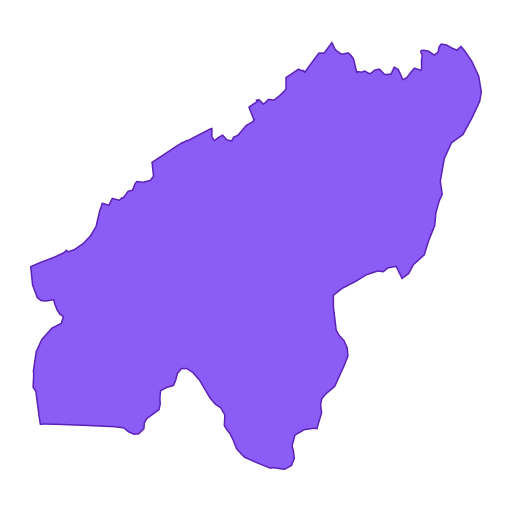 Sanoyeah, Bong, Liberia (Equal Earth projection)
{"feature_id": "62588387B99544432637290", "entity_name": "Sanoyeah", "entity_type": "district", "adm_level": 2, "iso_a3": "LBR", "parent_name": "Liberia", "parent_adm1": "Bong", "projection": "equal_earth", "projection_center": [-9.896, 7.035], "detail": "fine", "context": "isolated", "style": "filled", "palette": "violet", "viewbox_px": 512, "rotation_deg": 0, "n_neighbors": 0, "source": "geoboundaries", "source_scale": "gbopen_adm2", "svg_char_len": 3888}
<svg xmlns="http://www.w3.org/2000/svg" viewBox="0 0 512 512"><path d="M40.4,424.3L44.1,424.0L57.3,424.3L88.7,425.5L94.4,425.8L94.6,425.8L114.4,426.7L123.9,427.9L124.3,428.3L128.3,431.7L133.9,434.2L134.5,434.2L138.6,433.8L142.4,430.2L143.9,428.7L144.2,424.5L144.3,423.2L145.1,421.6L146.8,418.6L153.7,413.5L159.0,409.7L160.2,404.2L159.9,397.8L160.6,390.6L161.9,390.0L167.1,387.3L171.8,386.0L173.4,385.6L175.6,380.5L177.5,373.3L181.6,368.5L181.8,368.6L184.2,368.6L186.9,368.6L192.8,372.4L193.9,373.7L199.7,380.4L210.1,398.1L215.5,404.4L220.8,407.8L224.9,415.0L224.7,417.9L224.7,418.2L224.3,425.5L227.1,430.2L228.3,431.5L228.6,432.0L230.0,433.6L233.1,439.9L233.2,440.1L233.3,440.4L236.6,448.8L244.4,457.2L247.8,458.7L254.8,461.8L256.4,462.5L270.2,468.1L273.6,467.7L284.3,469.3L291.2,465.7L291.5,465.5L294.3,458.3L293.4,451.1L292.7,448.3L292.1,445.7L294.2,438.0L294.9,435.1L304.3,429.6L313.8,428.3L316.9,428.7L319.1,421.1L319.6,419.5L321.6,412.6L320.6,405.0L321.6,399.1L322.0,398.6L325.6,394.0L326.2,393.6L334.7,386.4L339.1,376.7L341.1,372.2L342.5,369.2L344.1,365.7L347.9,356.0L347.2,347.9L344.1,340.8L341.2,337.6L338.7,334.9L337.6,332.7L336.2,330.2L333.4,307.0L333.4,305.3L333.4,295.2L342.1,288.4L355.9,281.2L366.3,274.8L377.9,271.0L383.3,271.7L387.6,268.0L396.1,266.3L396.7,267.5L402.1,278.5L402.7,278.0L408.7,273.5L413.4,264.6L424.3,254.8L428.4,241.3L432.1,232.1L434.7,225.7L435.9,212.6L439.3,200.7L442.2,194.4L440.9,185.5L440.3,181.3L441.9,172.1L444.3,158.5L449.4,147.3L451.5,142.8L462.9,134.6L472.2,117.5L479.7,101.4L481.3,91.7L481.2,91.2L479.7,82.1L478.7,76.1L471.8,61.3L464.6,50.7L461.5,47.0L461.0,46.5L458.2,49.0L456.9,50.2L456.6,50.0L456.1,49.8L452.6,48.4L452.4,48.3L449.6,46.7L447.6,45.6L446.1,44.8L441.4,44.1L441.1,44.2L439.0,47.1L438.1,52.0L434.4,55.1L432.7,54.0L428.3,51.1L426.9,50.8L423.0,50.2L421.2,50.6L420.8,51.7L420.8,51.9L422.3,55.6L421.5,59.9L421.6,65.4L421.6,68.3L420.8,70.4L414.4,68.1L410.8,72.4L409.2,74.5L406.7,77.7L402.9,79.7L402.3,78.3L398.2,69.4L395.1,67.7L394.2,67.2L392.0,72.0L391.1,74.2L390.5,74.2L386.8,74.5L385.3,74.5L384.3,74.2L384.2,74.1L379.5,69.2L378.8,69.3L377.8,69.4L374.5,70.2L371.3,73.1L369.3,73.6L369.0,73.5L366.2,71.9L364.6,71.0L361.5,72.2L357.8,71.6L356.8,72.4L356.2,70.3L356.1,69.8L354.0,61.0L353.4,58.7L351.2,55.6L348.3,52.9L348.0,53.0L341.6,54.2L336.7,50.9L335.8,50.0L335.1,49.3L332.5,43.9L331.9,42.7L331.5,43.2L324.1,53.1L318.9,53.1L318.3,53.9L317.3,55.2L309.3,66.0L304.8,72.2L303.4,70.5L302.8,71.0L298.9,69.5L298.4,69.2L293.9,72.3L286.0,77.6L286.0,89.4L281.4,93.9L281.5,94.1L279.9,95.4L274.1,100.1L268.4,99.4L264.8,103.1L263.5,104.1L258.9,99.7L256.6,100.2L257.5,101.3L249.0,107.1L249.6,109.0L250.3,110.7L253.7,119.1L253.8,119.2L253.7,119.2L253.6,120.5L252.6,121.8L249.5,123.6L246.2,125.5L238.0,135.2L233.6,137.2L233.5,137.4L231.7,140.9L228.3,140.2L228.0,140.2L226.9,140.0L222.6,135.1L218.0,137.8L216.8,138.8L214.6,140.6L214.4,140.6L211.9,137.1L211.9,135.6L211.9,128.5L209.9,129.1L197.4,135.6L188.3,140.4L186.7,140.6L182.8,142.8L182.6,142.4L176.8,146.0L175.4,146.9L152.6,162.0L152.0,162.4L152.1,163.3L152.5,164.1L152.4,166.1L152.8,169.3L153.5,176.3L150.9,179.6L150.3,180.4L143.2,182.3L136.9,181.5L135.1,183.7L134.5,185.2L134.4,185.4L132.5,190.3L131.7,190.5L128.2,191.2L123.4,197.8L122.0,197.7L119.4,200.3L112.3,198.4L110.2,202.6L108.9,205.2L104.8,204.0L102.3,203.3L101.4,206.1L100.8,208.2L100.0,209.7L97.4,220.7L96.1,226.5L92.6,232.3L90.0,236.5L85.7,240.8L85.8,241.0L83.1,243.6L82.5,244.0L74.2,249.7L68.7,251.6L67.6,251.7L66.5,250.3L65.2,251.5L63.6,252.8L62.2,253.5L54.5,257.1L42.0,261.8L39.3,262.9L30.7,266.7L32.6,285.0L35.1,291.7L37.3,297.7L41.1,300.6L45.8,301.0L53.7,299.7L54.6,303.5L57.1,309.9L59.7,314.1L63.4,316.6L61.2,323.4L52.1,328.0L45.1,335.8L41.8,339.5L36.2,351.8L36.0,353.2L35.9,353.9L33.4,370.8L33.7,375.0L33.1,387.2L35.9,391.5L36.9,399.5L38.8,413.8L39.0,415.6L40.4,424.3Z" fill="#8b5cf6" stroke="#5b21b6" stroke-width="1.5"/></svg>